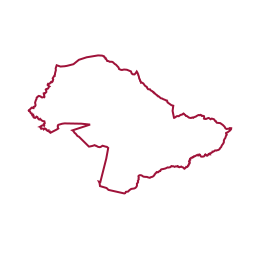 outline of Asutifi North, Brong Ahafo, Ghana, rotated 193°
{"feature_id": "2480657B98266466330064", "entity_name": "Asutifi North", "entity_type": "district", "adm_level": 2, "iso_a3": "GHA", "parent_name": "Ghana", "parent_adm1": "Brong Ahafo", "projection": "albers", "projection_center": [-2.56, 7.077], "detail": "fine", "context": "isolated", "style": "outline", "palette": "rose", "viewbox_px": 256, "rotation_deg": 193, "n_neighbors": 0, "source": "geoboundaries", "source_scale": "gbopen_adm2", "svg_char_len": 5856}
<svg xmlns="http://www.w3.org/2000/svg" viewBox="0 0 256 256"><g transform="rotate(193 128 128)"><path d="M143.4,68.1L142.2,65.1L135.4,64.7L133.1,63.3L116.9,63.4L116.1,63.9L115.7,65.3L113.6,66.1L112.6,67.8L111.1,69.4L108.3,70.5L107.3,71.3L106.6,72.5L106.3,73.8L106.8,75.9L106.2,76.8L106.0,77.7L106.5,78.6L106.0,80.5L106.4,81.2L106.3,81.9L106.9,83.0L106.9,83.8L106.3,84.4L105.8,84.7L104.9,84.9L103.9,84.8L102.1,84.1L100.7,84.2L98.5,84.6L97.4,84.4L95.5,84.4L95.0,85.0L93.2,86.0L92.4,86.8L91.7,88.0L91.7,88.7L91.2,89.4L91.0,90.1L90.4,90.7L90.2,91.5L89.9,91.7L89.0,91.5L88.5,91.8L87.9,92.9L87.3,93.4L86.9,93.4L86.6,94.8L85.5,95.6L84.8,95.8L82.4,97.0L80.6,98.5L79.9,98.5L78.2,99.2L77.1,100.7L76.6,100.7L76.4,100.5L75.6,100.9L75.0,100.9L73.9,100.6L72.8,101.4L71.6,101.5L71.2,102.1L70.9,102.1L70.2,101.4L69.2,101.3L68.5,101.9L68.0,101.9L67.4,102.4L66.3,102.0L65.2,101.9L64.1,101.1L64.0,101.3L63.5,101.4L62.7,102.7L62.5,102.8L62.5,103.1L62.0,103.1L61.4,103.5L61.2,104.1L61.2,104.6L60.9,104.6L60.6,105.0L60.7,105.4L60.4,106.5L60.5,106.8L60.0,107.3L60.0,108.0L60.1,108.5L60.8,108.7L61.0,109.1L60.6,109.7L60.5,110.3L60.8,110.4L60.6,111.3L60.3,111.4L60.6,112.0L59.6,113.3L59.2,113.4L59.0,113.6L58.8,113.5L58.7,113.6L58.0,114.2L58.1,114.5L57.8,114.7L57.6,114.6L57.2,115.4L56.8,115.3L56.5,115.6L56.2,115.7L55.0,117.0L54.2,117.0L54.0,117.3L53.9,117.1L53.2,117.1L52.7,117.8L52.2,117.8L52.1,118.2L51.8,118.1L51.0,117.0L50.4,116.6L49.4,116.7L47.8,117.3L46.9,118.6L47.0,119.3L46.7,119.6L46.4,119.3L46.1,119.4L45.9,119.3L45.5,119.3L45.1,119.0L45.0,118.8L44.7,118.8L44.4,119.3L44.2,119.3L43.8,120.1L43.2,120.4L43.1,120.9L42.9,120.9L43.1,121.1L42.5,121.4L42.4,121.7L41.7,121.8L41.2,122.8L40.4,123.3L39.9,123.9L40.0,124.1L39.6,124.2L38.8,124.8L38.3,125.6L37.9,125.8L36.8,125.9L36.2,126.4L35.4,126.7L34.7,127.2L33.9,128.3L33.9,128.8L32.9,130.5L32.7,132.1L31.6,134.5L31.6,135.2L31.4,135.7L31.8,137.5L31.5,138.9L30.9,140.3L30.8,142.3L30.3,143.5L30.3,143.8L31.0,144.3L31.3,144.9L31.3,145.3L30.0,146.2L27.8,148.8L27.8,149.4L27.5,149.7L27.3,150.1L27.4,151.0L28.8,150.8L29.0,150.2L29.4,149.9L29.8,150.0L31.8,149.2L33.0,149.6L34.1,150.9L36.1,152.2L39.2,153.5L42.6,153.1L43.4,153.6L43.9,154.4L44.8,154.5L45.9,155.7L46.8,155.9L48.5,156.0L49.5,155.1L51.1,155.8L51.7,155.9L52.2,155.7L54.1,154.3L55.9,154.1L56.1,154.2L56.0,155.1L56.6,156.6L57.7,156.7L58.7,156.3L59.1,156.5L59.4,157.0L60.0,156.9L60.5,157.1L61.3,156.5L62.2,156.5L63.1,155.8L63.6,155.3L63.9,155.1L64.4,154.4L65.2,154.0L65.5,153.6L66.6,153.1L66.8,152.6L67.8,152.7L68.3,152.2L69.6,151.8L71.2,151.9L73.0,152.8L74.3,152.8L75.1,153.6L76.0,153.8L76.6,154.4L77.2,154.6L78.6,153.0L79.4,152.8L80.4,151.9L81.2,150.9L82.6,150.7L83.2,150.4L85.0,148.4L85.5,148.3L88.4,154.7L88.9,159.9L90.8,160.0L95.2,161.8L95.7,162.5L95.7,162.9L96.4,163.6L97.3,163.4L98.4,163.8L100.2,164.0L101.3,164.4L102.8,164.4L104.9,165.6L105.8,165.6L106.0,166.0L107.0,166.2L107.4,166.7L108.5,167.0L109.4,167.6L110.1,167.7L110.3,168.2L111.1,168.3L111.4,168.5L111.5,168.9L112.1,168.9L112.6,169.3L114.5,169.8L115.2,170.6L117.1,170.3L117.9,170.9L118.4,171.6L118.7,171.7L119.0,172.3L120.3,172.7L121.1,173.1L123.1,174.9L124.9,175.4L125.4,175.1L125.6,175.7L126.1,175.9L126.4,176.5L126.8,176.6L127.4,178.1L127.9,178.3L128.3,178.9L128.8,180.2L129.5,181.4L129.8,181.6L130.2,182.7L130.6,183.0L131.3,184.1L132.2,185.0L132.9,183.1L133.7,181.7L135.3,181.4L136.6,181.9L137.9,183.8L142.2,184.5L145.0,184.1L146.9,183.2L147.9,183.1L149.9,183.4L150.9,184.9L151.8,185.5L154.0,187.0L155.3,187.4L157.5,188.7L158.2,188.9L159.8,188.7L160.5,188.4L162.3,188.8L163.3,188.6L164.6,190.1L165.3,190.3L165.4,191.0L166.5,191.3L166.8,191.9L167.3,192.2L167.6,192.2L167.7,192.5L169.6,192.7L173.5,192.0L184.2,187.6L191.2,183.4L195.5,177.9L201.5,174.8L203.7,173.9L207.6,172.7L211.6,173.1L211.9,169.8L211.3,168.2L211.4,164.9L211.2,163.8L211.4,162.9L211.1,162.3L211.8,161.8L212.2,160.3L212.5,159.7L212.5,159.2L211.8,158.5L211.9,156.5L212.6,156.1L212.3,155.9L212.4,155.5L213.0,155.1L213.7,154.8L214.2,153.8L214.7,153.5L215.1,152.9L215.3,152.8L215.7,153.1L215.8,153.1L216.0,152.4L215.7,152.1L215.8,151.7L213.9,150.8L214.4,150.3L214.7,148.6L215.3,148.0L216.3,147.7L216.8,147.0L216.4,146.4L216.0,146.0L215.7,144.7L216.5,143.4L217.4,143.2L217.9,142.8L217.6,142.4L217.6,142.2L217.3,142.0L217.4,141.7L217.1,141.4L217.0,140.5L216.6,140.1L216.4,139.5L216.5,139.2L216.9,139.3L218.6,138.4L219.6,138.7L220.2,139.1L222.1,139.2L223.2,138.1L223.2,137.7L223.8,137.0L223.7,135.5L224.0,134.6L224.2,132.4L224.2,131.6L223.4,130.0L223.2,129.2L223.5,128.1L224.6,127.4L224.5,126.1L225.1,126.0L225.8,126.3L226.4,126.2L227.8,124.0L228.0,123.3L228.6,123.1L228.7,122.7L228.3,122.2L227.4,122.2L226.8,121.6L226.6,121.1L225.6,120.4L225.0,120.5L224.1,118.8L223.4,118.8L223.2,119.1L223.0,118.5L222.8,118.5L222.8,118.0L222.5,117.9L222.5,117.3L222.0,117.0L221.7,116.9L220.6,117.0L219.7,118.5L218.8,118.3L218.4,117.7L217.0,116.4L216.1,116.3L215.9,116.4L215.6,117.1L213.7,115.9L212.4,115.6L211.0,115.7L210.4,114.5L210.4,114.3L210.2,113.8L210.8,113.1L210.5,112.4L210.8,112.4L210.6,111.6L210.9,111.8L211.0,111.6L211.3,111.7L212.4,111.0L212.8,110.7L212.8,110.4L213.9,109.5L213.4,109.5L213.2,109.2L213.3,108.6L212.4,107.7L212.0,108.1L210.2,108.3L209.7,108.2L209.6,107.9L208.7,108.8L208.4,108.8L207.4,108.3L207.3,107.9L206.4,107.4L206.0,107.5L205.6,107.2L205.2,107.5L205.2,107.2L204.7,107.3L204.0,106.9L203.5,107.0L203.4,106.5L203.0,106.6L202.8,106.4L203.0,106.2L202.5,105.9L197.1,110.5L195.8,111.8L196.4,112.4L196.5,113.4L196.9,113.9L196.9,114.8L196.6,115.4L193.2,117.3L190.9,118.2L174.4,121.7L165.7,122.8L181.6,113.2L180.7,112.9L178.9,111.2L177.7,110.7L175.4,108.8L173.9,108.5L161.9,101.1L161.3,101.3L158.7,102.5L156.6,103.8L155.7,103.4L154.7,103.5L153.6,103.0L152.5,102.9L151.1,103.0L150.4,103.4L148.8,105.0L145.6,104.8L144.4,104.9L142.8,104.1L142.3,93.4L142.8,69.1L144.3,69.2L143.4,68.1Z" fill="none" stroke="#9f1239" stroke-width="2"/></g></svg>